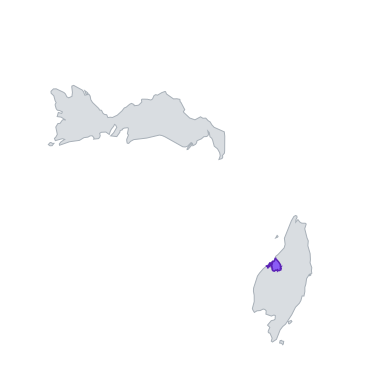 location of Kuantan, Pahang, Malaysia, rotated 224°
{"feature_id": "92858781B15723972552413", "entity_name": "Kuantan", "entity_type": "district", "adm_level": 2, "iso_a3": "MYS", "parent_name": "Malaysia", "parent_adm1": "Pahang", "projection": "natural_earth1", "projection_center": [103.122, 3.898], "detail": "fine", "context": "in_parent", "style": "filled", "palette": "violet", "viewbox_px": 384, "rotation_deg": 224, "n_neighbors": 0, "source": "geoboundaries", "source_scale": "gbopen_adm2", "svg_char_len": 5988}
<svg xmlns="http://www.w3.org/2000/svg" viewBox="0 0 384 384"><g transform="rotate(224 192 192)"><path d="M334.1,190.7L332.0,190.3L328.9,188.1L325.8,187.3L316.9,187.3L315.6,186.7L313.8,187.9L310.7,186.8L308.9,187.0L307.0,188.3L304.2,187.1L302.8,189.0L301.0,190.3L299.1,195.4L298.7,201.6L299.1,205.4L298.2,207.5L297.8,211.8L297.1,213.7L294.6,214.6L293.5,213.9L291.3,216.6L290.7,217.6L290.6,221.8L292.4,223.2L292.4,224.1L288.7,227.6L285.5,229.6L285.0,231.4L286.3,235.1L285.7,236.8L284.1,237.7L282.8,242.4L281.3,245.5L280.7,245.8L278.5,244.8L270.0,246.1L267.6,248.6L265.1,250.2L263.2,248.7L262.3,248.8L254.4,246.2L254.0,243.8L253.2,243.5L245.1,243.6L240.0,246.0L238.1,252.0L235.4,252.6L233.4,254.7L229.9,254.5L227.7,255.0L224.3,254.1L221.0,253.9L210.6,257.7L207.3,255.0L197.1,244.3L195.7,242.5L195.4,239.2L194.2,238.6L193.8,237.8L193.7,236.8L195.2,234.1L196.8,237.6L199.4,239.5L203.7,240.8L207.8,240.4L213.5,243.8L215.4,244.4L217.4,244.2L221.0,246.8L223.1,246.9L220.3,245.1L219.7,243.6L220.0,242.1L221.9,240.0L222.2,236.7L223.6,233.4L223.9,231.9L222.9,230.7L222.6,228.7L223.5,225.9L225.4,227.3L227.0,227.0L227.0,221.8L228.2,219.6L230.1,218.1L249.6,213.0L252.8,211.8L255.0,210.3L262.0,199.4L270.3,189.2L271.4,185.7L271.3,183.1L271.8,182.5L272.7,182.2L274.5,183.5L275.5,184.5L277.3,188.9L278.9,189.0L281.6,193.2L282.3,193.7L283.1,193.4L285.2,190.8L285.8,188.8L285.3,188.5L286.3,186.2L285.4,184.8L284.6,179.6L289.5,175.9L289.5,180.2L291.0,186.3L293.4,187.1L294.7,186.8L294.0,184.9L293.7,181.3L293.0,179.0L291.5,175.9L295.6,175.3L298.7,172.0L299.2,170.0L297.2,168.8L296.4,167.2L296.3,165.5L299.5,161.7L299.9,162.8L301.9,163.1L302.9,163.1L304.3,161.5L305.0,159.2L307.5,156.0L308.8,151.0L315.0,143.1L319.8,133.6L320.8,134.4L321.1,136.9L320.1,141.4L322.3,140.3L326.0,134.0L328.2,135.0L328.1,136.8L328.9,139.9L335.1,144.1L336.0,148.1L334.6,149.7L335.2,153.6L334.7,154.9L332.7,156.0L338.2,154.9L341.4,152.6L343.4,156.4L340.3,158.0L340.9,159.6L343.9,158.6L345.7,157.3L347.6,157.6L350.4,159.2L351.3,160.0L351.8,161.9L353.9,162.6L358.2,165.2L362.0,165.2L363.4,166.5L363.3,169.9L361.3,171.9L353.3,174.6L351.1,174.6L348.2,173.5L346.1,174.1L344.8,177.4L347.2,180.6L351.4,184.0L352.0,184.8L351.2,186.5L341.7,189.1L339.8,188.8L336.3,187.2L334.1,190.7ZM28.9,144.7L29.9,140.0L31.4,139.8L32.8,142.5L37.8,144.6L39.3,143.9L40.0,144.3L40.6,145.0L42.0,148.7L45.2,148.7L45.6,154.5L44.1,156.8L43.9,158.3L46.2,161.0L47.6,160.4L48.7,157.9L54.0,155.5L56.1,158.1L58.1,158.1L59.5,157.2L60.6,154.1L62.7,151.7L63.5,148.7L66.5,149.5L67.7,150.2L71.1,156.4L75.5,160.9L78.9,163.3L80.9,165.6L86.5,177.0L87.1,180.6L87.4,186.2L86.6,194.6L85.5,198.9L85.7,200.8L87.1,203.9L86.7,206.8L86.9,215.8L88.6,219.0L93.4,222.9L100.5,240.3L101.7,245.2L101.1,247.1L99.8,247.5L98.7,246.6L98.0,244.2L96.4,242.3L96.6,245.7L93.5,245.3L91.4,245.8L88.8,248.2L87.6,248.3L85.4,243.9L77.4,238.9L74.4,237.6L71.3,233.8L64.2,229.7L59.8,225.6L57.9,223.1L53.3,220.8L51.3,218.2L49.4,216.8L50.4,214.2L49.4,209.3L46.2,204.9L44.6,201.8L41.6,198.7L39.2,194.9L40.6,193.7L38.3,189.6L37.5,186.6L37.5,181.0L35.0,173.0L32.9,162.0L33.3,158.2L32.8,154.0L28.9,144.7ZM326.2,130.0L325.1,131.1L324.8,128.1L326.3,126.6L328.3,126.3L328.4,128.9L327.9,129.6L326.2,130.0ZM24.1,144.2L25.4,146.4L24.4,147.6L23.7,147.3L22.3,148.3L20.8,146.2L20.6,145.2L22.4,145.4L24.1,144.2ZM226.0,226.3L225.5,226.5L224.7,225.8L224.5,219.7L225.0,219.1L225.8,220.3L226.0,226.3ZM32.7,165.6L31.4,168.5L30.1,168.2L30.3,164.9L31.0,164.4L32.7,165.6ZM339.6,190.4L337.1,190.8L335.4,190.8L335.7,189.1L336.5,188.9L339.6,190.4ZM100.6,219.9L99.3,219.9L99.0,219.1L99.9,217.0L100.6,219.9ZM49.8,214.7L48.9,215.0L49.0,213.8L49.6,213.1L49.8,214.7Z" fill="#d9dde1" stroke="#a8b0b8" stroke-width="1"/><path d="M77.9,192.1L77.8,192.4L77.7,192.7L77.7,192.9L77.7,193.1L77.7,193.4L77.7,193.7L77.6,193.8L77.4,194.0L77.1,194.0L76.9,194.2L76.8,194.4L76.8,194.6L76.7,194.9L76.7,195.0L76.6,195.3L76.6,195.5L76.4,195.5L76.2,195.5L76.1,195.4L76.0,195.2L75.7,194.9L75.7,195.0L75.6,195.3L75.4,195.3L75.2,195.5L75.0,195.8L74.9,195.9L74.7,196.0L74.7,196.3L74.6,196.5L74.5,196.9L74.5,197.0L74.4,197.1L74.2,197.2L74.1,197.4L74.0,197.5L74.1,197.9L74.2,198.0L74.3,198.1L74.5,198.3L74.6,198.5L74.6,198.8L74.9,199.1L75.0,199.1L75.1,199.3L75.1,199.2L75.3,199.1L75.5,199.1L75.6,198.9L75.7,199.1L75.8,199.2L75.7,199.3L75.8,199.6L75.9,199.8L76.0,199.9L76.2,200.0L76.2,200.3L76.3,200.2L76.4,199.9L76.5,199.8L76.8,199.9L76.9,200.0L77.0,200.1L77.1,200.3L77.3,200.4L77.3,200.5L77.5,200.8L77.8,201.1L81.3,201.9L85.4,202.2L85.5,202.1L85.8,202.1L85.9,202.3L86.0,202.2L85.9,201.8L85.7,201.5L85.5,201.0L85.2,200.5L85.0,199.9L84.9,199.4L84.9,199.1L84.9,198.9L85.0,198.8L85.0,198.6L85.1,198.3L85.2,198.2L85.3,198.1L85.5,198.1L85.8,198.1L85.8,197.9L85.7,197.8L85.8,197.6L85.8,197.4L85.7,197.3L85.7,197.2L85.6,196.7L85.6,196.4L85.6,196.2L85.6,195.9L85.7,195.7L85.8,195.5L85.9,195.4L85.9,195.2L86.1,195.1L86.3,194.9L86.5,194.9L86.7,195.1L86.8,195.0L86.8,194.9L86.7,194.7L86.6,194.4L86.4,193.8L86.1,193.0L85.9,192.3L86.0,192.0L86.0,191.8L86.1,191.7L86.3,191.6L86.4,191.4L86.4,191.1L86.4,190.9L86.5,190.7L86.8,190.6L87.0,190.5L86.9,190.4L86.7,190.4L86.4,190.5L86.2,190.6L85.2,190.6L85.1,190.4L84.9,190.4L84.8,190.2L84.7,190.3L84.8,190.4L84.8,190.5L84.9,190.8L84.9,191.0L84.9,191.3L85.0,191.3L84.9,191.3L84.9,191.5L84.6,191.8L84.5,192.1L84.6,192.4L84.5,192.6L84.6,192.9L84.8,193.0L84.9,193.3L84.9,193.5L84.9,193.8L84.9,194.0L84.9,194.3L85.0,194.5L85.0,194.9L85.0,195.1L85.0,195.3L84.9,195.5L84.7,195.6L84.5,195.8L84.6,196.0L84.7,196.3L84.7,196.5L84.5,196.3L84.1,195.4L83.9,195.3L83.9,195.2L84.0,194.9L83.9,194.7L83.7,194.5L83.6,194.4L83.4,194.0L83.4,193.9L83.2,193.8L82.9,193.9L82.8,193.7L82.7,193.4L82.6,193.5L82.3,193.6L82.2,193.5L82.0,193.4L81.8,193.2L81.7,193.1L81.5,192.8L81.4,192.8L81.3,192.7L81.1,192.4L80.8,192.3L80.7,192.2L80.6,192.3L80.5,192.1L80.4,191.9L80.2,191.8L79.9,191.8L79.8,191.7L79.7,191.7L79.5,191.8L79.4,191.7L79.2,191.6L78.9,191.7L78.7,191.8L78.4,192.0L78.2,192.0L77.9,192.1Z" fill="#8b5cf6" stroke="#5b21b6" stroke-width="1.5"/></g></svg>